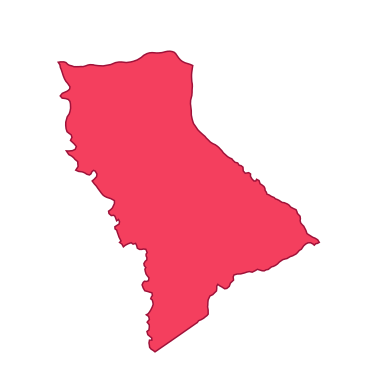 outline of Itaí, São Paulo, Brazil, rotated 350°
{"feature_id": "56859067B26422761030240", "entity_name": "Itaí", "entity_type": "district", "adm_level": 2, "iso_a3": "BRA", "parent_name": "Brazil", "parent_adm1": "São Paulo", "projection": "albers", "projection_center": [-49.058, -23.483], "detail": "fine", "context": "isolated", "style": "filled", "palette": "rose", "viewbox_px": 384, "rotation_deg": 350, "n_neighbors": 0, "source": "geoboundaries", "source_scale": "gbopen_adm2", "svg_char_len": 4316}
<svg xmlns="http://www.w3.org/2000/svg" viewBox="0 0 384 384"><g transform="rotate(350 192 192)"><path d="M116.8,49.6L113.8,48.9L111.6,48.9L108.8,49.4L106.5,49.6L104.0,49.1L102.0,48.9L100.2,48.6L97.5,48.1L95.5,46.9L93.2,45.9L91.8,44.7L90.3,42.6L88.4,41.6L85.1,41.0L82.8,41.0L84.0,43.8L84.0,46.6L84.5,48.7L85.0,52.1L85.4,55.1L86.1,58.4L87.0,61.0L88.4,63.4L90.1,67.2L89.4,69.3L87.9,70.4L86.3,71.1L81.4,72.3L78.9,74.5L80.4,77.0L83.9,78.1L86.3,79.4L87.5,81.5L87.6,84.1L87.0,88.4L85.9,91.4L84.6,93.8L82.1,96.4L79.8,101.3L79.2,104.5L79.0,107.8L79.4,110.9L81.3,113.1L82.9,114.6L83.3,117.3L81.3,120.1L84.3,124.1L86.0,127.1L84.4,129.7L81.4,130.5L77.7,130.2L75.4,129.7L77.2,133.8L79.6,135.6L81.4,137.7L82.4,139.5L84.7,142.2L84.4,145.0L84.3,147.1L82.8,148.7L81.3,150.3L83.8,152.0L87.4,153.1L89.5,154.4L91.6,156.3L93.9,157.4L95.6,156.6L97.1,154.5L98.8,153.6L100.3,154.6L101.5,157.8L100.7,160.3L98.0,162.4L95.6,163.8L97.2,167.0L98.8,169.5L100.0,172.2L102.6,177.4L103.8,179.5L105.1,180.9L107.1,182.4L111.0,184.5L114.1,187.0L113.6,189.9L110.8,193.9L108.8,195.3L106.5,196.4L106.5,198.8L108.4,201.2L110.8,201.3L111.9,202.6L112.8,207.3L114.8,206.3L115.5,208.7L114.6,210.9L110.0,212.8L109.8,215.0L111.2,216.4L111.5,218.8L111.9,221.2L112.3,223.7L112.9,225.7L113.6,227.9L111.9,229.1L113.9,231.1L114.9,234.1L117.0,232.9L120.1,231.9L123.3,231.4L124.9,233.1L127.5,232.8L128.2,235.0L128.4,237.8L130.3,239.4L132.5,239.8L134.2,239.7L136.6,240.4L137.3,243.9L136.0,245.2L135.7,247.0L136.2,248.8L135.7,251.0L133.9,252.1L132.2,254.1L132.2,256.2L133.4,258.4L132.2,259.8L132.2,262.0L132.5,264.8L133.4,266.7L134.7,269.1L133.7,271.8L131.6,272.2L129.7,271.6L128.2,272.6L126.7,274.8L127.3,278.2L128.4,281.1L130.9,282.2L132.8,283.2L135.0,284.3L135.1,286.9L133.8,288.3L132.8,290.0L134.1,291.4L134.3,293.5L134.3,295.8L132.9,298.3L131.1,300.8L129.5,302.6L127.7,304.3L125.7,305.0L127.7,307.0L127.9,310.1L125.2,312.4L126.8,315.3L126.5,317.6L125.6,320.4L123.4,321.5L123.7,324.8L125.5,327.0L127.0,328.7L126.7,330.9L124.4,330.5L123.4,333.2L123.4,335.4L123.3,337.6L124.4,339.6L126.3,341.3L127.8,343.0L147.7,333.9L174.6,321.4L176.1,319.9L178.9,319.3L181.6,318.3L183.5,317.2L185.3,316.3L186.7,315.1L187.4,310.9L187.4,307.8L187.9,306.1L188.5,303.3L189.2,301.0L191.6,297.5L194.6,296.7L196.7,295.2L198.9,293.7L199.6,291.4L200.0,289.0L201.4,287.4L202.8,289.0L204.9,290.7L207.4,293.0L209.6,293.0L212.3,291.4L214.0,288.4L217.6,286.0L217.8,282.8L218.9,281.0L222.2,280.6L225.8,281.1L229.8,280.8L232.1,280.4L234.6,280.3L237.4,281.4L240.7,280.4L243.0,279.5L247.3,281.7L249.4,282.2L251.5,281.5L253.6,281.5L257.4,279.5L259.2,279.4L261.6,278.7L263.7,277.7L265.9,276.1L269.6,274.4L272.1,274.1L274.1,274.0L277.4,272.7L280.1,272.3L281.8,271.7L283.5,271.2L285.2,270.1L287.5,268.2L289.8,267.3L292.6,264.4L294.9,263.0L297.3,262.2L299.9,262.5L302.0,264.1L303.2,265.6L304.8,264.4L306.6,264.4L308.6,263.7L307.5,260.9L305.1,258.8L303.1,257.6L299.9,254.7L298.0,252.9L297.5,249.6L296.1,245.1L295.0,243.6L293.7,241.4L293.5,239.0L294.1,237.2L294.2,234.6L292.1,231.4L291.9,229.5L291.4,227.5L288.9,225.8L286.6,224.0L285.3,221.8L283.9,220.4L280.9,218.5L278.9,217.9L276.2,215.3L274.4,214.0L272.9,213.2L271.9,211.7L269.5,210.2L267.3,208.2L265.4,207.1L265.2,205.2L264.3,203.2L264.4,201.0L263.8,199.1L262.1,197.2L260.5,195.7L260.0,192.4L257.8,190.7L256.8,192.2L254.9,191.9L253.2,189.3L252.3,186.6L252.8,184.4L251.2,182.8L247.7,182.8L246.1,180.2L246.5,176.4L244.8,174.5L243.1,173.9L242.0,171.3L239.5,170.2L237.8,167.8L237.0,166.2L235.2,165.1L233.2,163.4L231.5,161.2L229.7,158.9L228.5,156.4L227.4,154.8L226.2,152.9L224.9,151.3L223.1,149.5L220.9,148.0L218.8,146.1L217.0,143.5L215.4,141.3L214.5,139.6L212.3,136.9L210.0,133.9L208.5,131.7L206.9,128.1L205.4,124.9L205.0,122.3L204.8,120.1L204.7,116.1L205.4,111.8L205.8,104.8L206.6,101.3L208.6,96.9L209.4,93.8L209.8,91.6L210.7,88.0L211.0,85.8L211.0,83.0L211.5,78.8L211.9,76.5L212.5,74.2L214.0,69.6L214.7,67.6L212.8,66.3L211.2,65.4L207.5,63.5L205.1,61.7L203.5,59.9L202.2,57.8L200.8,54.8L199.9,52.8L198.7,51.3L197.0,50.3L194.7,49.5L192.3,49.2L190.6,49.2L188.3,49.4L186.6,49.5L183.7,49.3L181.5,49.0L176.9,47.8L174.2,47.6L171.6,47.9L168.2,49.0L165.4,50.7L161.1,52.4L157.1,53.1L154.0,53.3L149.8,53.1L145.4,51.8L142.4,51.3L139.1,51.3L134.1,52.4L130.6,52.4L126.4,52.4L121.6,51.3L118.3,50.3L116.8,49.6Z" fill="#f43f5e" stroke="#9f1239" stroke-width="1.5"/></g></svg>